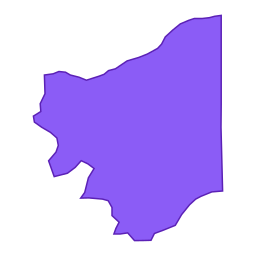 outline of Flórida, Paraná, Brazil
{"feature_id": "56859067B92669996369724", "entity_name": "Flórida", "entity_type": "district", "adm_level": 2, "iso_a3": "BRA", "parent_name": "Brazil", "parent_adm1": "Paraná", "projection": "albers", "projection_center": [-51.967, -23.105], "detail": "fine", "context": "isolated", "style": "filled", "palette": "violet", "viewbox_px": 256, "rotation_deg": 0, "n_neighbors": 0, "source": "geoboundaries", "source_scale": "gbopen_adm2", "svg_char_len": 950}
<svg xmlns="http://www.w3.org/2000/svg" viewBox="0 0 256 256"><path d="M222.6,191.0L221.0,127.4L221.2,104.3L221.2,95.6L221.2,53.8L221.2,36.0L221.2,15.4L214.6,16.3L209.3,17.7L202.1,18.5L194.3,18.5L188.8,20.3L180.3,23.9L172.7,30.1L165.3,36.9L161.6,44.1L157.6,48.4L147.2,54.1L138.6,57.5L127.1,60.9L115.4,68.8L108.5,70.6L104.1,74.3L99.0,76.2L86.4,80.2L79.0,77.2L70.3,75.0L65.5,72.2L58.9,71.5L53.2,73.8L44.4,75.0L45.0,93.7L40.2,103.7L40.8,111.5L33.4,116.1L34.4,122.1L41.9,127.4L50.5,132.4L56.9,138.0L58.3,145.5L56.0,152.1L48.6,160.8L54.2,176.6L67.5,173.2L75.2,167.4L81.2,160.7L87.8,163.8L94.1,168.5L88.4,177.8L84.7,192.5L80.7,198.1L88.7,197.9L102.5,199.1L108.2,200.7L112.0,207.5L112.0,215.6L119.1,222.2L115.9,228.4L113.9,234.0L120.0,234.0L127.7,232.9L134.5,240.6L143.2,240.5L151.0,240.3L154.4,233.5L164.0,229.9L175.3,225.3L181.6,214.6L189.6,204.7L195.7,199.1L201.0,196.3L211.8,191.9L222.6,191.0Z" fill="#8b5cf6" stroke="#5b21b6" stroke-width="1.5"/></svg>